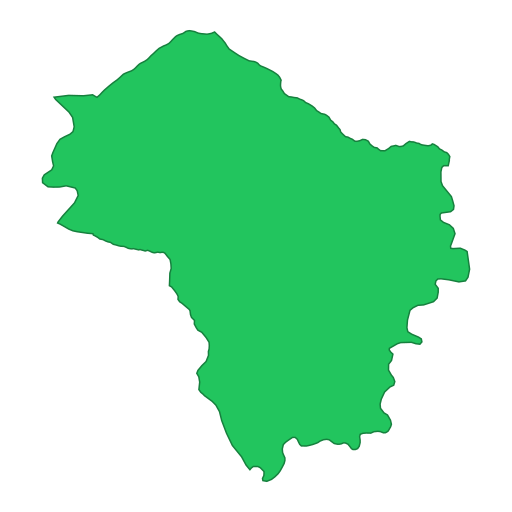 Kengkhar, Mongar, Bhutan
{"feature_id": "84629894B5600301866279", "entity_name": "Kengkhar", "entity_type": "district", "adm_level": 2, "iso_a3": "BTN", "parent_name": "Bhutan", "parent_adm1": "Mongar", "projection": "robinson", "projection_center": [91.304, 27.128], "detail": "fine", "context": "isolated", "style": "filled", "palette": "green", "viewbox_px": 512, "rotation_deg": 0, "n_neighbors": 0, "source": "geoboundaries", "source_scale": "gbopen_adm2", "svg_char_len": 5188}
<svg xmlns="http://www.w3.org/2000/svg" viewBox="0 0 512 512"><path d="M391.4,424.3L390.5,420.3L387.5,415.0L384.0,412.9L380.5,408.3L380.1,404.1L381.3,399.1L384.6,392.0L389.9,387.0L393.7,385.2L394.8,381.6L393.3,377.5L391.3,375.0L388.5,370.1L388.6,364.2L391.5,360.5L392.9,354.1L390.9,352.3L389.2,349.9L389.4,348.3L397.4,343.7L400.7,342.6L411.4,342.3L415.8,343.7L419.9,344.2L421.9,341.9L421.3,338.9L418.5,337.1L411.7,334.2L407.8,331.7L406.9,327.7L407.5,319.9L410.0,310.3L413.1,307.7L417.9,305.3L423.6,304.9L433.5,301.7L437.1,298.1L438.2,292.2L438.2,288.3L435.2,284.3L435.9,280.9L437.8,279.0L441.0,278.8L448.9,279.8L458.9,281.9L465.5,280.9L468.0,277.2L469.6,269.2L467.1,251.5L464.9,250.1L460.3,248.2L453.1,248.6L450.7,248.3L450.5,246.0L451.4,243.7L455.0,233.7L453.3,228.4L449.4,224.8L443.5,222.4L440.4,219.9L440.0,216.2L440.1,214.3L441.4,213.0L450.6,211.7L453.5,209.4L454.0,205.8L452.7,200.9L451.4,196.6L442.5,185.7L441.0,181.5L440.9,171.9L441.8,167.5L443.6,165.7L448.2,165.7L449.3,160.7L449.3,159.3L449.8,156.6L449.2,155.6L448.3,154.2L446.7,152.6L444.3,151.9L441.9,150.1L439.5,148.9L437.8,146.8L435.6,145.4L434.0,144.4L432.3,143.9L430.9,145.2L428.1,145.8L423.9,145.2L421.7,144.8L420.0,144.1L419.0,143.4L416.7,143.1L414.8,142.3L413.2,141.9L411.6,141.9L409.4,141.4L406.1,143.5L404.8,144.6L403.3,145.9L401.4,146.4L399.2,146.6L395.8,145.4L393.8,145.9L391.2,146.4L388.7,148.5L384.9,150.8L381.7,150.7L380.5,150.7L378.4,149.1L377.1,147.9L374.2,147.4L372.2,146.0L369.9,144.0L368.3,141.2L366.6,140.3L365.4,139.7L362.6,139.4L359.8,140.7L357.0,141.3L354.8,141.2L352.4,139.3L350.2,138.4L347.9,137.1L345.5,136.7L344.2,135.5L342.5,133.9L340.7,132.0L340.0,129.6L338.6,128.0L336.5,125.2L334.4,123.9L332.8,121.8L330.7,120.2L328.9,117.1L326.4,115.2L324.7,114.3L320.9,113.5L319.3,112.3L316.6,110.6L314.6,108.0L312.1,106.0L309.8,104.6L308.5,103.8L305.7,102.6L303.6,100.7L301.7,99.8L299.8,99.2L297.3,97.9L294.0,97.5L291.5,97.0L288.7,96.7L284.4,93.6L282.5,90.6L281.2,89.0L280.7,87.2L280.5,85.4L280.6,83.3L280.8,81.3L281.1,80.2L279.7,77.4L278.0,75.2L275.9,73.6L272.7,71.5L267.0,68.6L263.6,67.1L260.8,66.0L259.4,65.1L257.7,63.2L255.7,62.1L253.9,61.5L252.1,61.3L249.0,60.8L244.2,58.4L239.0,55.6L235.0,53.0L229.1,49.0L227.9,47.3L226.6,45.5L225.2,43.1L223.1,40.5L221.9,38.9L219.9,37.0L216.8,34.2L214.6,32.0L211.6,33.3L208.8,33.9L207.0,34.2L203.9,33.9L201.4,33.7L198.5,33.2L196.9,32.6L194.6,31.6L191.6,31.0L189.5,30.7L187.3,31.0L185.7,31.5L184.4,32.5L182.8,33.5L179.6,34.5L177.1,35.6L175.6,36.6L174.2,38.0L172.4,39.8L170.8,41.6L169.1,43.3L167.4,44.3L165.8,45.1L163.5,46.0L161.3,47.2L159.2,48.3L156.2,50.9L153.4,53.6L151.1,55.6L148.7,58.2L147.1,59.7L144.5,61.4L140.4,63.4L139.0,64.4L137.2,66.1L135.5,67.9L133.8,69.4L131.6,70.8L127.6,72.3L125.0,73.4L123.4,74.2L119.1,78.2L117.1,79.9L112.8,83.0L109.0,86.1L104.5,90.0L102.1,92.4L99.7,95.0L97.0,97.3L94.9,96.2L92.6,94.8L83.3,95.8L68.6,95.4L54.1,97.2L55.6,99.4L69.0,112.1L72.6,117.4L74.2,126.8L73.0,131.6L70.0,134.2L64.5,136.8L60.0,139.3L56.9,143.6L52.9,152.6L51.7,155.9L52.6,161.6L53.6,165.9L51.7,169.9L44.3,174.8L42.4,178.2L42.6,182.7L48.0,186.8L53.4,187.1L59.6,187.0L66.2,185.8L75.2,188.0L77.2,190.7L78.2,195.5L74.5,202.9L62.5,216.2L58.1,221.9L57.6,223.0L60.1,224.1L68.8,229.1L72.9,230.8L77.1,231.7L87.3,233.2L92.9,233.7L93.4,235.1L94.4,235.5L96.4,236.6L98.2,237.7L99.8,239.0L103.0,239.6L105.7,241.0L108.1,241.9L110.4,242.3L113.3,244.3L116.2,245.0L118.4,245.7L120.6,246.2L124.0,246.4L126.2,247.3L128.2,248.3L130.1,248.7L132.0,248.9L133.3,248.6L138.8,249.9L140.0,249.5L142.0,250.1L143.6,250.5L145.2,251.0L147.6,250.3L149.3,250.9L151.5,252.0L153.1,252.6L154.6,252.8L156.2,252.5L157.7,252.1L160.1,252.6L161.7,252.3L163.2,252.3L164.7,253.0L165.9,254.4L167.4,256.4L170.1,259.5L170.9,263.8L171.2,268.5L169.9,273.1L169.6,281.5L169.4,285.7L171.6,286.9L174.6,290.6L175.9,292.4L177.2,294.4L178.2,296.5L178.0,299.4L179.7,301.8L181.9,303.2L185.9,306.6L189.2,309.4L190.0,310.6L190.3,312.9L190.5,314.6L191.5,317.4L192.7,318.6L194.5,320.4L194.3,324.0L196.3,327.8L197.9,330.2L201.8,332.3L204.2,335.2L206.1,337.5L209.1,342.3L209.3,345.8L209.1,349.0L208.4,351.4L208.5,355.4L206.1,361.5L201.9,365.6L198.0,370.3L196.8,373.3L198.8,376.8L199.7,382.1L198.9,389.6L200.8,392.3L203.1,394.2L204.5,395.7L212.0,401.2L215.9,405.1L219.5,411.6L221.7,420.5L226.5,433.2L232.4,445.5L241.6,456.8L246.1,465.1L249.9,469.7L251.4,467.9L253.3,466.5L257.9,466.5L260.3,467.7L264.0,471.5L264.0,473.3L263.9,475.5L262.5,478.5L262.9,480.6L266.8,481.3L271.5,479.4L274.9,476.8L278.1,473.7L280.2,470.8L282.3,467.0L284.1,463.5L284.9,460.5L284.9,457.9L283.5,454.8L282.6,452.6L282.3,448.9L283.3,444.6L285.5,442.3L288.2,440.3L292.5,437.4L295.2,437.4L297.4,439.4L298.3,441.5L299.7,444.3L301.3,445.9L306.3,446.0L308.8,445.5L312.7,444.5L316.9,443.0L318.0,442.5L320.0,441.1L323.5,439.7L326.7,439.3L329.3,439.8L331.2,441.3L334.2,443.5L337.5,444.2L339.2,444.2L341.4,443.8L343.4,442.9L345.2,442.9L348.0,444.2L349.8,446.4L351.5,448.7L352.9,449.5L355.4,449.5L357.6,448.6L359.2,446.3L360.1,442.6L360.1,440.1L359.6,436.7L360.2,434.3L362.9,433.3L366.3,433.0L370.8,433.1L373.9,431.7L377.8,431.3L380.4,431.6L383.4,432.8L385.5,432.7L387.0,431.9L388.2,431.0L390.6,426.8L391.4,424.3Z" fill="#22c55e" stroke="#15803d" stroke-width="1.5"/></svg>